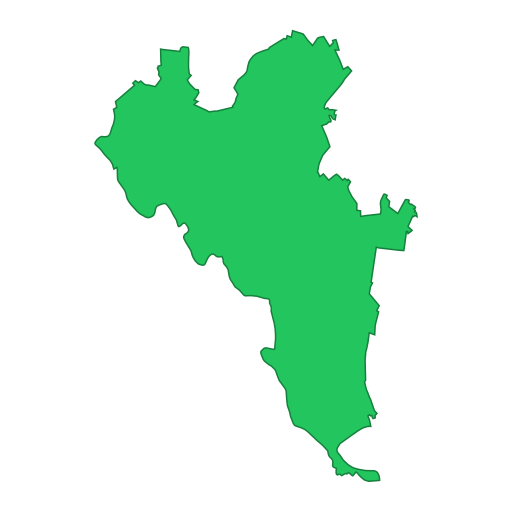 Thanh Mien, Hải Dương, Vietnam
{"feature_id": "81297802B67689154766571", "entity_name": "Thanh Mien", "entity_type": "district", "adm_level": 2, "iso_a3": "VNM", "parent_name": "Vietnam", "parent_adm1": "Hải Dương", "projection": "equal_earth", "projection_center": [106.217, 20.766], "detail": "fine", "context": "isolated", "style": "filled", "palette": "green", "viewbox_px": 512, "rotation_deg": 0, "n_neighbors": 0, "source": "geoboundaries", "source_scale": "gbopen_adm2", "svg_char_len": 6034}
<svg xmlns="http://www.w3.org/2000/svg" viewBox="0 0 512 512"><path d="M131.1,204.7L137.4,211.6L139.9,213.8L145.8,217.1L148.3,217.7L149.7,217.4L151.2,216.8L152.7,216.0L153.7,215.1L154.7,213.0L155.5,209.1L156.0,207.7L156.6,206.6L157.5,205.9L158.7,205.2L163.4,203.6L165.1,203.6L165.9,203.8L167.6,205.6L170.3,209.3L171.4,211.1L173.2,214.8L175.9,219.2L176.4,220.1L178.0,225.6L178.4,226.4L178.8,226.6L179.4,226.4L180.9,225.4L182.3,223.9L183.1,223.3L184.3,223.1L185.0,223.3L185.8,224.0L187.0,225.6L187.8,227.1L188.6,229.0L188.6,230.0L188.4,231.1L187.9,232.0L186.9,233.0L184.9,234.3L184.5,234.8L183.7,236.5L183.7,237.6L184.0,238.7L185.9,242.4L190.5,249.9L191.1,251.2L192.2,255.2L193.4,257.9L195.2,260.8L197.6,263.3L198.6,264.1L202.3,265.2L203.2,265.2L204.2,264.8L204.9,264.2L205.5,263.0L207.0,259.6L208.1,257.5L209.4,255.9L210.6,254.8L211.7,254.2L212.7,254.0L213.5,254.2L214.4,254.6L216.1,256.1L217.2,256.7L218.3,256.9L221.9,256.6L222.8,258.5L223.2,260.1L223.3,262.2L223.6,263.1L224.3,264.3L226.5,266.8L228.1,269.6L229.2,276.1L230.2,279.1L230.8,280.1L232.6,282.8L234.6,286.2L235.1,286.9L239.0,289.8L240.3,291.1L243.8,295.1L244.9,295.7L245.8,295.8L250.6,295.6L256.9,296.2L264.5,298.4L267.7,298.7L268.7,299.0L269.2,299.4L269.6,300.4L269.6,303.0L271.2,306.9L271.3,308.5L271.2,311.3L274.3,323.5L275.2,329.2L275.5,334.0L275.6,338.6L274.7,348.4L274.4,349.2L273.8,349.4L266.2,347.9L264.9,348.0L263.7,348.6L261.0,351.3L260.8,352.3L260.9,353.0L261.4,354.9L263.3,359.5L264.6,361.2L268.7,364.5L271.3,366.0L274.1,368.7L275.3,370.1L276.3,372.6L277.7,376.6L279.4,380.7L284.2,387.2L285.5,389.2L286.0,390.6L286.2,391.7L286.7,399.2L287.4,405.5L289.6,411.9L290.6,416.5L293.3,423.4L293.8,424.2L294.5,425.2L295.6,425.9L301.8,428.0L305.0,429.6L306.0,430.3L308.3,432.2L316.4,439.9L322.4,445.1L327.2,450.2L327.8,451.1L328.3,454.0L329.0,455.9L330.0,457.2L332.0,459.3L332.6,460.3L332.9,462.2L332.6,465.3L332.7,465.8L333.0,466.6L333.7,467.2L336.4,468.4L336.2,470.2L336.1,472.3L336.4,474.1L336.9,474.6L337.3,474.8L337.8,474.9L338.7,474.2L340.0,474.2L340.9,475.1L341.8,475.6L344.9,473.8L345.8,473.5L346.9,474.0L348.6,472.5L352.0,475.4L352.7,475.8L353.0,475.7L355.9,472.1L356.3,472.0L360.6,476.8L364.0,479.6L365.1,480.2L368.9,481.3L379.6,480.4L379.5,478.5L379.0,475.6L377.6,472.8L377.1,472.2L376.1,471.5L374.4,470.8L366.3,470.6L363.8,470.3L357.9,469.2L353.8,468.0L352.1,467.2L348.2,464.8L343.3,460.2L340.1,455.4L337.9,452.8L337.1,451.2L336.9,449.6L337.3,447.9L340.0,443.6L350.8,435.8L358.6,430.4L362.9,427.9L366.9,426.6L369.3,426.3L370.8,426.4L369.5,420.2L368.8,418.2L367.8,416.0L369.4,414.7L370.5,415.9L371.9,415.5L372.4,417.7L373.1,418.6L375.3,417.8L375.0,415.5L377.0,413.4L374.7,411.0L374.2,410.1L370.6,399.5L369.6,397.6L367.4,391.8L366.6,390.2L365.3,385.2L364.6,381.8L364.6,381.5L365.2,381.0L365.6,380.0L365.1,360.4L365.8,351.3L366.5,349.4L368.0,342.0L369.2,332.8L374.7,334.8L375.2,325.5L375.7,323.2L378.6,311.8L376.7,310.8L379.2,305.7L369.3,293.8L370.4,287.1L372.5,282.9L371.1,282.3L376.3,247.2L378.7,247.9L398.7,250.2L403.8,250.6L404.3,247.8L406.4,231.5L407.6,231.5L408.0,233.6L410.2,232.0L412.1,230.4L408.0,226.5L412.6,216.3L413.2,216.7L413.6,216.6L414.7,215.6L415.1,215.5L417.0,216.7L416.7,214.2L416.4,212.8L415.7,212.1L414.6,211.8L415.3,210.3L413.8,209.0L415.4,208.0L415.5,207.6L415.4,207.3L414.6,206.3L412.2,204.8L411.7,204.2L410.3,204.3L408.4,202.5L409.2,200.5L408.7,199.9L406.9,199.6L405.5,199.6L405.3,199.8L397.8,213.5L388.8,206.7L389.6,201.4L386.2,197.9L387.1,195.4L385.6,194.5L384.5,194.1L383.8,194.3L381.0,200.1L380.7,201.4L380.4,202.9L380.5,204.8L381.1,210.0L380.4,214.0L366.7,215.5L360.7,216.4L360.5,210.8L356.8,210.3L356.9,203.5L352.1,196.9L349.0,191.0L347.7,187.0L350.5,181.8L348.2,179.3L347.2,180.5L344.8,178.4L342.7,180.1L338.5,175.7L336.6,174.2L334.8,175.2L328.7,180.2L323.4,173.9L319.8,176.6L318.2,172.6L317.5,172.3L319.0,164.0L322.5,155.7L323.2,154.7L329.9,146.7L326.8,137.5L321.7,125.6L326.5,124.1L327.8,123.0L328.6,121.9L329.1,121.8L329.9,122.1L330.7,121.8L331.0,121.2L331.0,120.4L329.3,116.7L329.1,115.8L329.2,115.4L331.1,115.8L332.4,118.4L333.4,119.1L335.2,119.8L335.6,116.8L336.0,115.0L335.1,115.0L334.6,114.7L334.3,114.3L334.2,113.8L334.9,110.9L335.9,110.3L332.3,109.7L329.8,109.8L329.1,109.7L327.9,108.1L327.6,107.9L327.1,108.0L325.7,108.9L325.1,109.0L324.7,108.6L324.4,108.1L324.3,107.3L324.5,105.9L326.0,102.5L339.6,86.3L341.8,83.6L343.2,81.5L344.6,79.1L351.6,70.9L347.8,66.7L343.2,69.3L339.6,59.9L336.2,52.8L335.0,50.0L339.0,50.1L337.3,44.0L335.9,39.6L334.1,40.0L332.6,40.6L333.4,42.6L329.7,46.4L323.6,36.5L319.2,37.4L317.6,38.1L314.2,43.2L312.4,45.6L311.4,44.2L307.7,40.2L303.2,34.0L292.6,30.7L291.3,37.2L287.2,35.7L286.2,39.2L284.0,38.5L269.6,47.4L269.1,48.1L268.6,49.1L262.4,51.1L256.4,53.6L253.6,55.6L251.0,58.6L249.7,60.6L248.9,62.2L247.8,66.4L247.0,70.8L246.2,72.4L244.1,74.9L238.2,79.8L234.0,87.8L236.3,91.3L237.9,94.4L236.0,98.5L235.4,101.4L234.9,102.6L233.0,105.5L232.5,105.9L232.8,107.3L216.4,111.2L215.3,111.0L209.2,111.9L206.3,110.3L194.0,104.6L195.5,103.2L197.9,101.5L194.0,99.9L195.7,97.9L198.8,92.8L198.1,89.8L195.0,89.4L189.6,83.8L187.5,80.3L187.3,79.8L191.2,75.4L189.3,74.0L189.2,73.4L188.6,68.4L188.5,65.0L188.6,58.3L188.9,52.3L188.6,48.8L188.2,47.5L184.0,46.9L182.5,46.9L181.3,47.6L180.6,48.5L179.8,51.4L163.5,49.6L160.6,49.1L160.9,61.5L161.3,65.1L158.0,66.3L158.2,67.6L157.4,68.0L157.8,69.3L159.0,71.7L158.6,74.8L161.2,78.5L160.6,79.5L155.3,86.6L148.4,85.0L146.3,85.0L144.7,84.4L143.7,83.7L140.7,81.0L138.5,82.7L135.4,80.7L134.2,81.8L132.8,83.3L134.5,85.3L115.5,101.6L116.3,105.1L116.7,107.5L113.5,109.2L114.6,114.8L114.7,117.2L114.4,119.9L113.2,124.7L111.9,127.8L110.5,132.4L109.7,134.4L108.4,135.9L107.7,136.4L104.6,136.8L101.5,136.5L99.3,137.6L96.9,139.8L95.0,142.6L95.1,143.8L95.5,144.6L100.3,149.0L104.3,154.2L106.9,157.1L110.2,160.5L112.1,163.5L112.8,165.4L113.5,167.9L113.9,169.1L116.8,167.3L117.3,169.4L117.5,178.2L117.6,179.2L117.9,180.1L118.4,181.4L119.3,182.7L124.1,189.4L125.0,191.0L125.9,193.3L126.8,197.4L127.4,199.0L128.9,201.7L131.1,204.7Z" fill="#22c55e" stroke="#15803d" stroke-width="1.5"/></svg>